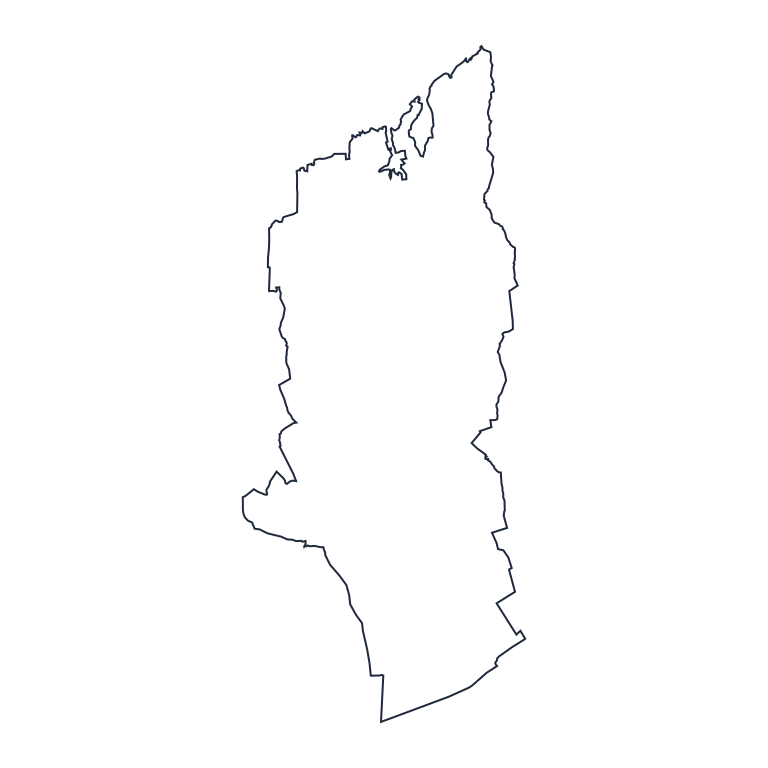 the district of Naeni, Buzau, Romania
{"feature_id": "2599482B87929584862181", "entity_name": "Naeni", "entity_type": "district", "adm_level": 2, "iso_a3": "ROU", "parent_name": "Romania", "parent_adm1": "Buzau", "projection": "orthographic", "projection_center": [26.48, 45.099], "detail": "fine", "context": "isolated", "style": "outline", "palette": "slate", "viewbox_px": 768, "rotation_deg": 0, "n_neighbors": 0, "source": "geoboundaries", "source_scale": "gbopen_adm2", "svg_char_len": 6072}
<svg xmlns="http://www.w3.org/2000/svg" viewBox="0 0 768 768"><path d="M520.4,630.8L516.4,634.6L496.6,603.3L515.0,591.8L509.2,570.3L509.1,569.4L511.7,568.1L508.4,557.6L503.4,550.3L498.0,549.1L496.6,543.1L492.0,532.7L507.1,527.9L503.7,515.5L504.3,511.3L504.8,510.5L504.5,500.7L503.2,497.2L503.3,493.5L502.4,490.5L502.5,488.1L501.5,483.3L500.8,472.5L498.7,472.2L496.9,471.0L494.3,468.0L494.0,466.3L492.6,465.2L490.3,461.7L488.0,460.3L488.2,459.0L485.5,458.9L485.3,457.1L486.7,456.5L485.5,455.3L485.8,454.7L477.5,448.7L471.6,443.1L480.5,432.5L479.8,431.2L491.4,427.1L490.3,420.1L494.8,420.1L497.1,419.3L497.6,415.8L497.1,412.9L497.5,409.6L496.6,407.2L496.4,404.7L498.4,401.4L498.6,396.8L501.6,392.6L503.3,387.3L506.1,380.6L504.7,372.7L500.5,361.9L499.3,354.5L497.7,352.0L499.7,346.6L500.0,345.1L499.5,344.1L502.1,340.2L503.5,336.9L502.4,333.9L504.3,332.4L508.7,331.6L512.9,329.1L512.7,321.0L509.3,291.1L517.7,285.5L514.3,277.9L514.7,276.7L514.6,273.7L513.6,267.2L514.4,264.2L513.6,263.4L514.9,259.5L514.7,258.0L515.1,256.1L514.7,254.1L515.1,248.5L514.6,247.3L513.2,247.0L510.6,244.8L509.1,241.8L507.5,240.5L506.0,237.2L505.5,234.1L504.1,230.4L502.8,229.3L502.9,228.1L502.1,226.6L500.1,225.6L499.0,224.2L494.3,222.5L491.7,218.3L491.6,214.6L489.9,210.1L486.5,207.0L486.1,203.3L484.6,202.7L484.2,201.9L484.9,200.4L484.0,199.6L484.5,194.0L487.4,191.0L487.7,189.4L488.9,188.1L489.0,186.5L493.2,172.7L492.9,168.8L491.9,164.8L493.4,156.8L489.8,152.1L487.5,150.2L487.1,148.6L488.2,145.2L488.0,140.2L488.5,137.5L489.7,136.3L490.6,133.2L489.5,129.8L489.5,124.9L491.4,121.2L489.3,119.5L489.2,117.6L487.9,113.8L488.0,111.5L489.8,104.6L489.4,101.8L489.9,100.0L491.3,98.4L491.0,93.3L491.5,92.2L493.8,91.4L494.0,90.2L493.5,86.2L492.0,84.4L493.5,82.0L490.9,75.9L492.1,65.9L492.5,65.6L490.6,61.1L491.0,56.7L490.3,52.2L483.6,49.6L481.4,46.1L480.3,47.2L480.6,49.4L477.4,52.7L477.7,53.4L472.2,56.5L471.8,58.2L470.9,59.5L470.3,58.4L469.8,58.8L468.0,61.9L467.3,62.1L466.1,61.1L466.1,58.5L465.8,58.5L464.8,60.2L462.6,62.4L456.6,66.5L451.2,75.1L451.5,77.4L450.5,77.9L450.0,77.4L448.8,75.9L448.9,74.8L448.3,74.2L446.1,73.4L444.0,74.0L434.5,80.8L431.6,84.7L431.6,85.7L430.4,86.7L429.5,88.8L429.8,90.0L429.2,94.6L427.2,98.9L427.0,100.6L428.5,104.8L430.9,109.0L432.4,113.4L433.5,125.8L431.8,128.5L431.6,131.8L432.6,135.6L432.6,137.6L429.5,137.6L428.3,138.2L427.8,140.8L424.9,145.9L425.1,150.0L423.9,152.8L423.0,156.6L420.6,155.8L418.1,149.9L415.5,146.5L415.0,145.6L415.2,142.2L413.4,138.1L409.9,136.9L409.2,136.1L408.7,131.2L409.3,130.2L410.9,129.2L411.0,126.6L411.6,124.3L414.1,120.6L417.1,117.8L417.7,114.9L418.6,115.0L421.7,108.8L422.0,103.7L419.2,102.9L418.0,101.9L419.6,100.1L418.6,99.2L419.6,98.4L419.4,97.3L417.8,96.6L414.3,99.5L414.6,101.6L412.3,101.2L409.8,104.1L412.1,106.4L410.5,109.3L410.1,111.1L403.9,114.3L402.4,116.4L400.6,119.7L401.2,121.9L400.6,122.8L400.7,124.1L399.2,126.0L399.2,127.5L395.9,130.0L394.4,130.5L391.5,128.2L390.8,128.9L391.4,133.0L392.5,135.7L391.7,139.1L393.1,143.2L393.0,145.1L394.5,147.7L395.7,152.8L398.5,152.5L401.1,151.0L404.9,150.8L405.3,155.7L406.4,158.6L401.3,159.6L404.6,163.4L403.0,164.6L401.1,164.9L401.3,166.7L400.8,168.2L403.0,169.8L406.2,174.3L406.4,179.2L402.2,179.6L401.6,174.0L399.0,172.3L398.2,172.9L398.0,174.9L397.0,174.4L395.4,173.3L393.9,170.7L393.9,169.2L392.6,169.7L391.8,170.8L391.2,174.0L391.2,177.0L390.5,178.5L389.3,175.3L389.3,174.1L390.0,172.9L390.0,169.8L388.5,169.4L384.3,169.9L379.9,171.9L379.0,171.4L379.8,169.7L384.3,166.5L388.0,165.2L389.4,161.0L389.6,158.8L392.1,155.2L389.8,150.5L391.0,149.9L390.7,148.2L388.3,149.5L386.0,142.5L387.6,141.6L385.6,132.5L386.2,131.5L385.9,126.7L385.2,126.4L382.6,127.1L382.5,128.9L380.1,128.4L378.5,129.7L377.8,131.2L371.6,128.2L370.7,128.5L369.5,131.3L364.7,133.4L362.6,131.1L361.8,132.9L359.5,132.6L360.4,134.5L360.2,135.4L357.2,135.0L356.2,136.9L355.4,137.3L353.0,135.3L352.2,135.4L352.5,138.7L349.9,142.0L349.6,143.5L349.4,148.7L349.7,151.9L349.0,154.8L349.4,158.9L346.0,159.3L345.6,153.8L334.2,153.9L331.8,156.4L329.5,157.2L324.5,158.7L321.3,159.0L320.2,158.5L314.8,159.8L313.9,162.5L314.3,164.0L313.5,165.2L311.9,165.0L311.6,163.7L307.5,165.0L307.2,171.3L304.4,170.7L303.8,168.2L303.2,167.6L300.3,168.5L300.0,170.4L298.3,170.3L296.6,171.1L297.1,176.6L297.0,188.5L297.4,193.1L297.1,212.2L293.5,214.1L283.7,217.0L283.0,217.9L281.9,221.8L279.0,222.1L277.8,221.0L275.4,220.6L271.8,224.5L271.5,226.0L270.6,227.5L269.1,228.2L269.2,239.9L269.0,247.9L268.0,258.0L267.9,267.2L269.6,267.4L269.8,268.9L269.0,290.6L269.2,291.2L272.0,290.8L276.3,291.6L276.9,290.1L276.2,287.5L279.3,287.3L279.3,289.7L280.7,292.7L280.3,298.5L284.2,306.4L284.8,308.7L283.2,317.4L280.8,323.1L280.7,325.3L279.3,329.3L281.8,336.6L282.8,337.9L285.1,339.2L285.5,341.1L286.5,342.2L286.8,343.4L286.2,345.6L287.6,346.8L286.6,352.2L286.8,354.2L286.3,355.9L286.2,361.5L286.5,363.4L289.1,369.3L290.2,378.7L279.1,385.0L280.1,389.2L284.3,399.1L286.2,405.7L287.2,407.8L287.3,409.9L288.5,412.7L290.8,415.3L292.6,419.0L296.3,422.6L293.5,423.1L284.9,428.4L281.4,431.3L280.9,433.5L279.6,434.1L279.8,437.6L279.2,440.2L280.0,442.5L280.5,445.8L279.6,446.6L293.3,473.8L296.1,481.1L292.7,480.6L290.3,481.3L286.8,483.9L285.5,483.0L284.9,480.6L283.7,478.6L276.6,471.6L269.8,481.9L269.9,483.3L268.5,486.7L266.6,489.4L266.5,491.7L267.1,493.9L266.8,494.7L264.9,494.6L257.4,491.5L253.9,489.2L245.3,496.1L242.8,497.1L242.9,510.2L243.6,514.2L245.1,517.7L248.0,520.7L252.1,522.5L254.6,528.7L259.6,529.4L267.5,533.3L281.3,536.7L287.2,539.4L292.5,539.7L296.1,541.1L301.2,540.8L302.4,541.7L305.5,541.0L305.6,544.4L304.2,546.1L304.3,546.8L305.4,545.7L306.5,546.3L307.8,545.5L310.1,546.3L314.7,545.9L320.4,547.2L323.3,547.2L324.3,550.8L325.2,552.3L325.2,555.0L330.1,564.8L339.5,575.7L346.4,585.1L349.2,595.3L350.2,604.4L356.1,615.0L362.0,623.1L362.9,630.8L367.2,649.6L369.5,663.0L370.8,675.7L379.7,675.5L381.7,674.9L383.3,675.6L381.0,721.9L448.8,696.7L469.2,687.5L472.2,685.5L486.6,672.8L497.1,666.0L495.7,664.5L495.2,663.0L497.0,660.2L497.2,658.3L499.3,656.2L512.6,646.8L524.8,639.2L525.2,638.8L520.4,630.8Z" fill="none" stroke="#1e293b" stroke-width="2"/></svg>